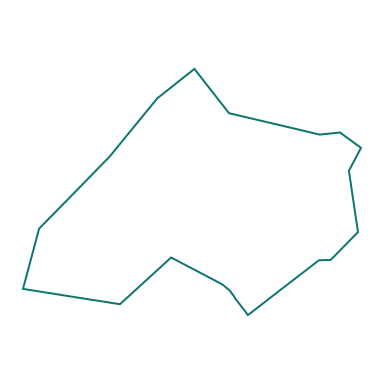 Itaueira, Piauí, Brazil
{"feature_id": "56859067B67245959510015", "entity_name": "Itaueira", "entity_type": "district", "adm_level": 2, "iso_a3": "BRA", "parent_name": "Brazil", "parent_adm1": "Piauí", "projection": "albers", "projection_center": [-43.096, -7.478], "detail": "fine", "context": "isolated", "style": "outline", "palette": "teal", "viewbox_px": 384, "rotation_deg": 0, "n_neighbors": 0, "source": "geoboundaries", "source_scale": "gbopen_adm2", "svg_char_len": 587}
<svg xmlns="http://www.w3.org/2000/svg" viewBox="0 0 384 384"><path d="M119.9,304.2L128.3,296.6L162.6,265.3L166.0,262.2L171.1,257.5L203.1,274.3L208.7,277.2L223.1,284.9L225.3,286.9L229.8,290.6L233.8,296.1L235.7,299.1L243.9,309.7L247.9,315.1L279.8,290.4L299.5,275.2L318.9,260.3L330.7,259.9L358.0,232.1L348.9,170.8L350.3,168.1L352.0,164.9L361.0,147.9L340.0,132.5L319.6,134.6L313.8,133.2L248.9,117.9L246.8,117.4L229.0,113.2L204.8,82.2L194.4,68.9L157.2,98.4L109.8,156.4L64.5,202.8L39.1,228.6L36.0,240.3L23.0,288.9L89.8,299.5L119.9,304.2Z" fill="none" stroke="#0f766e" stroke-width="2"/></svg>